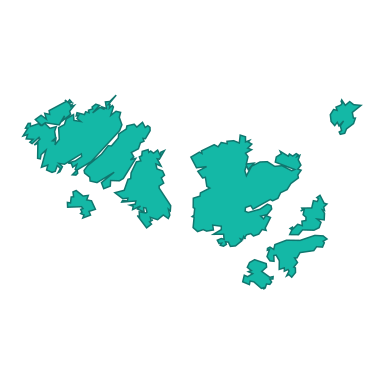 outline of Hvaler nor, Østfold, Norway
{"feature_id": "86288312B75077332019349", "entity_name": "Hvaler nor", "entity_type": "district", "adm_level": 2, "iso_a3": "NOR", "parent_name": "Norway", "parent_adm1": "Østfold", "projection": "robinson", "projection_center": [10.972, 59.056], "detail": "fine", "context": "isolated", "style": "filled", "palette": "teal", "viewbox_px": 384, "rotation_deg": 0, "n_neighbors": 0, "source": "geoboundaries", "source_scale": "gbopen_adm2", "svg_char_len": 5967}
<svg xmlns="http://www.w3.org/2000/svg" viewBox="0 0 384 384"><path d="M240.2,135.1L239.3,143.0L233.7,140.7L227.0,141.3L227.2,143.7L221.2,142.5L218.1,146.8L214.2,144.7L201.4,150.9L202.0,153.5L199.4,152.1L190.9,157.1L196.5,167.8L206.6,166.6L197.8,171.3L202.6,178.0L205.4,177.3L206.8,186.3L209.8,188.1L200.4,192.9L200.0,196.1L193.3,198.2L193.2,207.6L194.7,208.4L194.0,215.1L192.1,216.6L194.1,217.2L193.1,227.6L197.6,231.6L203.2,229.6L206.6,231.1L213.4,230.0L212.7,225.1L221.3,226.2L221.3,229.6L213.4,234.3L223.6,234.2L224.1,239.3L221.3,238.5L217.3,240.2L219.1,243.6L221.6,243.2L220.3,245.3L223.5,246.2L226.4,244.4L225.5,241.7L228.4,242.2L230.4,246.4L235.5,245.9L241.6,240.9L240.4,238.9L242.6,239.7L243.6,236.6L244.6,238.4L245.7,238.5L244.4,237.8L246.5,234.8L250.8,233.6L253.5,236.0L258.8,234.1L262.1,229.5L266.1,230.4L265.2,228.0L270.5,217.5L265.8,215.5L263.6,218.9L260.6,216.1L267.1,214.6L271.7,209.0L271.0,205.7L267.4,204.2L260.0,209.2L248.2,212.5L245.1,211.2L245.5,207.5L250.7,205.6L253.0,209.1L270.2,199.5L272.6,200.8L277.9,198.3L280.6,192.7L287.1,189.6L290.9,183.5L298.4,177.9L297.8,174.9L301.1,170.2L297.8,169.1L300.9,165.1L298.2,159.8L299.8,155.3L296.9,156.6L298.0,154.7L296.2,153.6L292.7,156.1L289.4,154.0L288.3,156.2L280.2,151.3L281.3,153.8L276.3,157.0L275.3,162.1L294.7,169.5L291.7,170.8L281.9,165.7L274.7,166.4L267.3,161.7L260.0,162.0L251.6,166.2L246.4,175.8L244.8,170.7L246.4,165.6L248.2,169.5L254.0,163.1L246.3,164.0L248.0,156.7L245.5,153.2L251.6,149.7L247.7,148.2L251.8,144.1L248.3,142.1L249.6,140.4L245.5,141.9L245.5,136.8L240.2,135.1ZM116.2,95.1L109.8,101.5L105.4,101.9L106.5,108.5L102.3,107.0L104.5,109.5L100.0,107.4L92.6,112.9L99.4,105.4L95.8,104.2L92.1,107.0L92.7,108.9L88.5,110.2L89.0,112.7L85.6,111.8L84.5,114.6L77.0,112.7L76.2,115.9L78.7,115.2L77.0,118.5L80.7,121.5L73.9,120.4L73.5,114.6L66.3,118.9L64.4,124.6L58.6,127.7L59.3,139.3L55.0,144.9L55.9,139.0L53.8,140.9L52.4,140.8L55.7,137.8L54.6,131.4L56.2,126.7L49.9,128.3L44.7,123.3L42.1,125.6L40.6,125.5L38.7,123.6L30.4,126.5L30.4,123.3L28.2,123.4L25.5,128.2L27.9,128.2L23.0,136.0L27.6,134.6L26.2,138.9L33.0,139.3L29.9,142.2L32.1,143.6L39.6,136.8L38.3,138.4L39.9,139.1L34.3,145.0L37.9,143.2L37.6,158.3L40.3,158.9L41.1,154.6L46.0,150.1L41.4,167.3L47.8,165.1L46.6,170.0L52.0,172.4L55.2,171.3L57.3,165.6L60.4,168.4L58.1,172.6L59.9,171.7L62.4,166.7L58.8,163.4L64.5,164.2L81.3,153.9L81.7,156.6L75.4,160.9L68.0,163.0L71.4,163.5L72.7,167.2L76.8,164.4L75.2,169.5L76.8,170.2L72.3,174.8L75.9,175.1L77.7,173.3L77.2,169.9L91.1,161.6L119.6,130.6L121.9,124.8L119.3,117.3L120.6,112.4L116.0,111.3L110.8,115.4L113.4,107.0L112.3,105.5L109.4,108.1L110.0,104.6L108.2,104.7L116.2,95.1ZM148.1,149.6L142.2,151.4L141.8,155.7L139.3,156.9L140.8,160.9L136.4,161.8L131.1,172.9L130.7,178.6L128.0,179.3L124.2,190.3L114.9,192.7L122.8,198.7L127.9,198.2L127.4,200.9L122.5,200.6L121.7,202.1L135.8,201.0L135.3,204.1L129.8,205.1L133.2,206.3L132.6,209.6L140.5,206.0L137.5,209.0L144.1,212.0L143.6,207.6L145.9,208.0L147.0,212.1L145.8,213.0L139.2,211.8L139.5,217.5L137.3,215.5L146.6,227.9L151.5,224.1L149.5,221.8L152.9,219.9L151.0,220.3L150.3,217.3L157.6,219.7L163.3,215.0L168.3,218.5L169.8,215.1L168.4,209.2L170.3,210.9L170.7,205.7L159.2,188.2L159.1,186.0L163.7,183.1L161.3,177.9L164.5,175.2L162.5,170.9L157.0,168.9L155.8,163.9L161.1,166.2L157.2,158.8L159.4,159.2L164.4,150.6L160.8,152.2L160.3,155.5L157.6,150.1L153.5,153.2L150.7,151.0L148.8,152.4L148.1,149.6ZM142.5,122.3L136.8,127.1L134.2,124.2L126.9,125.9L126.3,129.0L118.8,133.9L118.2,138.1L111.4,146.0L108.2,145.7L101.5,154.3L87.5,165.7L84.1,170.4L84.6,173.1L89.8,177.2L90.1,181.0L97.0,182.6L114.2,172.2L101.4,182.7L103.7,188.7L110.3,186.1L110.6,180.5L119.4,180.8L123.3,178.5L135.8,158.4L130.4,159.9L133.8,156.9L131.3,152.5L138.4,148.8L140.4,142.8L144.0,141.2L143.0,138.4L145.4,138.7L150.1,130.7L150.0,127.4L147.8,125.7L145.2,127.5L142.5,122.3ZM314.8,235.4L300.1,240.4L286.5,240.2L274.9,244.6L273.7,249.4L270.0,247.1L267.5,248.4L267.3,250.3L269.5,249.5L267.0,256.6L270.0,260.9L274.0,261.3L273.8,255.5L276.1,255.1L279.3,260.7L279.2,269.4L284.3,267.9L284.3,271.2L288.0,269.5L289.0,271.1L286.6,275.9L288.9,274.6L291.7,277.2L295.5,272.5L295.4,267.9L293.8,267.1L297.5,262.5L294.6,257.9L297.0,257.9L300.0,252.6L313.8,250.6L316.6,246.7L322.5,247.1L324.3,242.8L323.1,241.2L327.0,239.0L323.1,235.9L314.8,235.4ZM320.0,195.3L316.8,197.6L318.5,198.7L317.3,201.5L313.4,200.7L311.7,208.0L301.8,208.1L302.7,209.8L300.6,211.1L304.3,209.3L303.1,214.7L306.0,217.2L305.9,220.5L301.9,221.2L302.3,225.7L297.7,224.3L293.0,228.9L292.5,227.1L290.1,228.5L292.0,229.7L289.7,234.6L298.5,234.7L302.5,229.9L314.0,230.2L319.1,227.7L321.0,222.3L317.1,219.0L324.2,219.9L324.5,213.3L322.4,209.8L324.5,210.5L323.7,207.0L326.9,204.0L324.1,203.2L320.0,195.3ZM341.7,99.9L341.1,101.5L342.1,103.3L340.8,105.1L336.0,107.1L337.1,110.4L333.6,109.5L330.3,114.7L331.1,121.4L334.7,125.6L337.3,122.3L339.0,125.9L343.6,120.9L340.3,125.9L341.6,130.6L339.2,132.0L340.3,134.3L344.7,133.3L346.5,128.9L353.5,123.6L355.4,118.1L353.4,118.1L352.3,112.4L361.0,105.4L353.7,104.7L349.7,101.6L345.3,105.3L341.7,99.9ZM69.6,99.8L68.5,101.3L69.1,103.2L65.0,100.0L65.8,101.2L65.8,101.7L49.1,110.6L49.7,114.4L44.7,113.3L46.4,119.2L41.1,115.3L35.3,119.5L41.4,125.4L45.3,122.7L59.2,124.9L64.5,115.8L63.0,120.4L70.6,114.3L69.6,111.2L74.3,105.4L71.2,106.5L72.1,104.5L70.6,105.6L69.4,103.0L71.8,102.3L69.6,99.8ZM254.6,259.7L249.6,262.5L247.3,267.3L251.4,270.6L248.3,271.7L252.7,273.7L247.6,276.7L244.3,275.2L242.7,281.8L249.4,284.6L250.1,281.1L253.8,281.8L261.4,288.4L264.8,287.3L263.2,288.5L263.8,288.9L265.2,288.0L266.5,284.0L269.8,284.4L271.6,282.0L269.8,279.1L272.9,279.0L273.1,276.6L269.8,277.3L261.7,271.4L266.6,267.1L266.2,263.6L254.6,259.7ZM76.2,190.5L73.0,191.9L73.6,196.8L71.2,197.0L70.5,202.9L67.4,202.4L67.6,207.2L81.5,206.7L83.0,208.6L80.7,209.3L82.0,212.2L80.6,213.5L84.0,215.0L82.8,218.0L90.5,215.1L89.0,211.4L95.4,209.3L91.5,200.8L86.7,199.9L88.3,195.4L83.1,196.1L76.2,190.5Z" fill="#14b8a6" stroke="#0f766e" stroke-width="1.5"/></svg>